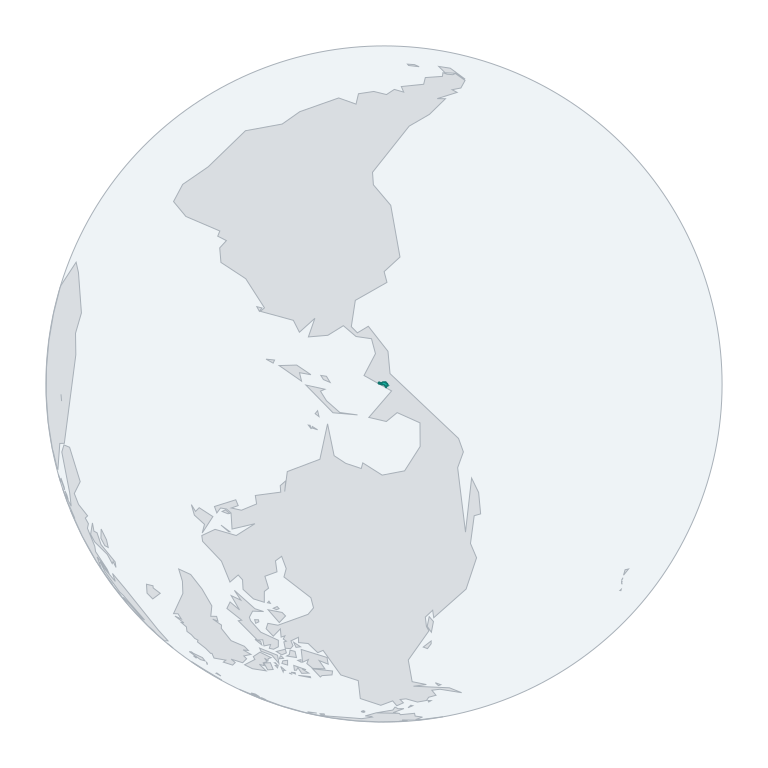 Yoro on an orthographic globe, rotated 203°
{"feature_id": "HND-643", "entity_name": "Yoro", "entity_type": "Department", "adm_level": 1, "iso_a3": "HND", "parent_name": "Honduras", "parent_adm1": "", "projection": "orthographic", "projection_center": [-87.221, 15.309], "detail": "fine", "context": "on_globe", "style": "filled", "palette": "teal", "viewbox_px": 768, "rotation_deg": 203, "n_neighbors": 0, "source": "natural_earth", "source_scale": "10m", "svg_char_len": 9988}
<svg xmlns="http://www.w3.org/2000/svg" viewBox="0 0 768 768"><g transform="rotate(203 384 384)"><circle cx="384" cy="384" r="338" fill="#eef3f6" stroke="#a8b0b8"/><path d="M436.5,424.0L428.5,420.7L421.0,431.0L393.1,415.6L382.5,395.9L294.1,363.0L284.4,352.5L283.5,335.7L251.1,279.5L266.6,331.6L254.5,321.1L244.3,302.2L249.5,298.0L242.1,271.0L230.9,260.2L228.3,227.3L246.9,188.3L250.8,194.8L254.9,185.6L250.2,177.4L246.2,174.3L253.8,139.4L241.8,121.0L227.6,123.9L238.8,117.3L205.1,129.9L191.9,130.2L213.2,124.9L220.3,120.8L214.5,117.8L220.5,113.1L221.2,109.3L228.9,104.3L240.7,102.8L245.9,99.9L241.6,98.1L246.5,92.8L252.2,95.7L261.4,87.0L282.9,85.2L291.8,100.9L310.1,99.3L336.0,115.0L340.0,110.8L352.4,115.5L361.6,112.6L363.8,117.4L369.3,111.2L365.5,107.5L366.6,103.9L371.7,102.2L375.4,107.5L373.4,109.1L377.1,109.9L376.8,113.5L379.8,110.8L383.7,118.1L387.4,108.6L396.9,112.7L397.4,118.3L387.4,120.5L363.9,142.3L361.4,150.4L367.8,158.7L400.7,167.3L401.9,175.9L410.9,185.4L414.8,178.8L409.1,169.3L418.5,160.5L410.5,150.9L413.1,146.3L408.9,136.3L420.2,135.2L433.5,139.9L437.7,148.5L443.6,151.2L448.4,141.5L464.4,157.4L489.5,168.3L492.5,173.3L482.7,184.2L460.8,186.8L448.2,205.0L467.2,191.1L474.4,205.5L480.1,207.4L486.0,206.0L487.5,200.0L492.2,205.0L475.2,219.5L470.7,215.1L476.1,210.2L465.9,212.1L454.4,223.8L458.9,231.1L436.8,244.1L439.8,249.9L436.6,256.5L433.4,246.2L438.8,265.6L413.6,289.7L420.4,325.3L401.9,298.5L388.2,296.0L371.9,297.3L372.7,303.1L350.1,299.4L331.1,312.1L326.3,340.6L335.7,362.3L360.7,362.8L367.2,350.4L384.9,347.3L374.3,380.6L405.7,384.0L403.7,408.6L413.2,420.8L428.3,416.8L444.2,421.8L454.7,406.9L472.0,397.8L473.3,417.5L482.1,398.6L492.3,407.2L526.1,402.6L523.8,407.4L552.4,426.9L581.6,432.2L588.4,445.1L585.1,454.4L594.8,455.1L594.9,460.7L631.8,460.8L649.0,469.7L647.3,489.1L630.7,515.2L610.5,563.0L579.3,583.5L567.9,601.8L537.5,629.6L519.1,630.7L520.9,641.2L507.7,649.3L494.8,651.4L489.6,659.2L479.9,660.4L484.3,664.6L464.6,675.4L465.7,682.2L450.4,690.0L451.4,693.6L447.0,693.8L441.5,695.6L439.7,697.7L428.0,695.1L428.9,686.5L436.3,681.5L430.6,681.0L446.5,667.5L438.9,670.6L447.5,650.0L461.6,631.2L477.3,574.4L471.6,563.2L447.6,551.1L418.9,507.1L427.8,487.5L421.0,478.7L443.1,449.8L436.5,424.0ZM86.6,309.3L88.8,301.6L89.5,307.2L86.6,309.3ZM88.7,296.4L88.3,299.1L88.4,296.8L88.7,296.4ZM87.9,294.4L88.5,295.9L87.5,295.0L87.9,294.4ZM86.5,292.7L87.4,293.3L87.2,293.6L86.5,292.7ZM419.7,337.6L455.5,352.5L436.3,356.1L439.7,352.6L430.4,346.1L413.5,340.5L396.3,345.2L419.7,337.6ZM85.4,287.8L85.2,286.3L86.2,286.1L85.4,287.8ZM433.4,316.9L427.2,315.9L433.1,315.4L433.4,316.9ZM243.4,174.0L249.5,177.8L251.5,187.5L245.7,184.7L243.4,174.0ZM240.6,157.4L245.1,157.2L240.2,165.9L239.1,163.3L240.6,157.4ZM216.1,127.6L220.0,129.1L214.2,129.4L216.1,127.6ZM219.9,109.8L216.9,111.0L218.6,108.7L219.9,109.8ZM402.9,137.7L405.8,137.1L405.1,139.2L402.9,137.7ZM398.3,134.3L395.4,137.4L392.8,136.2L394.7,134.3L398.3,134.3ZM231.8,99.1L235.4,95.4L233.8,98.8L231.8,99.1ZM402.5,130.9L388.5,133.9L384.0,132.0L387.2,123.5L402.5,130.9ZM238.8,93.0L247.2,85.1L241.2,86.8L262.8,78.2L248.5,87.3L247.6,90.9L244.0,90.6L238.8,93.0ZM362.1,107.2L366.3,111.0L358.1,109.5L362.1,107.2ZM356.5,107.3L329.6,110.0L325.9,104.3L335.7,104.1L327.1,98.7L338.5,94.4L345.8,96.5L345.9,100.9L350.2,96.1L356.5,107.3ZM273.4,75.3L277.2,73.5L275.5,75.2L273.4,75.3ZM366.5,102.3L361.4,103.1L357.7,98.0L367.3,95.6L365.4,98.0L366.5,102.3ZM319.2,99.7L318.2,95.9L327.2,91.3L328.1,89.4L338.4,93.9L319.2,99.7ZM368.8,98.3L372.3,94.7L378.6,95.7L371.2,101.3L368.8,98.3ZM352.8,97.8L351.5,95.5L355.4,95.9L352.8,97.8ZM403.0,98.5L396.9,98.8L394.6,96.1L403.0,98.5ZM373.2,93.3L371.0,93.0L369.3,92.2L372.9,90.2L373.2,93.3ZM344.1,90.6L348.0,89.7L340.3,88.5L346.7,85.5L352.5,89.3L352.7,86.4L354.6,85.5L357.1,89.7L344.1,90.6ZM371.6,85.8L381.1,90.5L392.8,90.0L395.3,92.3L376.0,92.7L371.6,85.8ZM362.9,87.6L368.8,86.9L368.9,89.7L364.8,92.0L362.9,87.6ZM349.0,82.3L337.6,85.9L336.8,85.0L349.0,82.3ZM375.0,85.0L372.6,83.9L375.8,84.6L375.0,85.0ZM357.0,82.3L353.1,83.6L352.2,82.5L357.0,82.3ZM371.1,81.1L374.2,82.4L371.5,83.9L371.1,81.1ZM364.6,81.2L364.3,79.5L368.7,83.6L363.0,81.8L364.6,81.2ZM356.7,81.1L355.0,80.9L358.5,80.8L356.7,81.1ZM379.4,75.4L385.5,80.2L379.7,83.1L374.5,77.9L379.4,75.4ZM446.4,700.6L428.4,696.3L439.0,698.2L449.4,694.4L457.7,697.7L446.4,700.6ZM475.6,689.8L485.8,686.8L487.4,687.6L480.7,689.9L475.6,689.8ZM622.8,144.9L616.0,139.4L623.2,146.3L630.0,152.3L639.1,162.4L636.4,159.3L624.2,149.3L630.8,161.0L654.0,195.5L654.8,202.9L648.7,202.9L625.5,175.4L626.3,162.2L618.1,153.8L605.3,146.8L606.6,143.9L601.5,139.9L600.6,135.3L586.8,121.6L584.0,117.0L566.6,105.4L562.7,101.9L574.2,109.4L580.6,112.8L572.1,103.8L566.9,100.2L556.3,93.9L555.3,92.9L546.1,88.0L535.3,81.9L540.7,85.8L528.3,80.2L515.3,73.9L512.2,73.2L533.4,83.6L541.0,87.4L546.0,89.2L567.5,102.2L573.1,106.9L554.2,97.3L559.9,103.5L542.7,94.7L495.8,69.4L482.5,63.2L485.7,61.8L495.8,65.1L499.6,66.9L506.8,69.2L532.4,80.4L556.9,93.7L580.2,108.9L602.2,126.0L622.8,144.9ZM506.1,68.9L501.2,67.1L500.8,66.9L506.1,68.9ZM482.4,60.7L477.6,59.4L475.0,58.6L482.4,60.7ZM398.2,46.4L369.6,46.9L353.9,47.6L357.6,47.1L330.3,50.5L314.8,53.2L317.0,52.8L305.4,55.6L310.1,54.7L310.3,54.9L282.6,64.3L273.8,67.2L264.5,72.9L265.6,73.1L271.6,71.1L262.8,78.2L241.2,86.8L239.7,86.0L227.2,92.8L225.6,90.5L218.4,92.4L223.8,87.4L217.7,90.2L213.5,92.7L202.0,99.4L199.6,100.8L221.4,87.8L236.1,81.8L230.7,83.3L237.4,80.0L238.8,79.0L235.0,80.7L257.0,70.9L279.6,62.6L302.7,56.0L326.3,51.0L350.1,47.8L374.1,46.2L398.2,46.4ZM719.9,346.7L719.8,346.0L719.9,348.6L715.0,375.8L708.8,367.2L690.3,331.2L687.8,310.2L679.1,290.5L655.1,204.5L659.2,202.6L650.8,178.0L651.4,178.0L662.4,193.0L663.5,194.1L678.0,217.3L690.5,241.7L701.0,267.0L709.4,293.0L715.7,319.7L719.9,346.7ZM674.1,242.3L677.3,248.3L674.1,242.3ZM527.1,402.2L531.3,405.5L526.0,406.3L527.1,402.2ZM434.2,364.4L441.5,364.4L445.5,367.2L440.0,368.6L434.2,364.4ZM494.2,359.9L502.3,360.8L494.1,363.3L494.2,359.9ZM461.0,354.4L487.7,360.0L471.8,367.3L454.9,364.0L466.2,361.4L461.0,354.4ZM431.1,328.6L435.8,329.8L434.7,333.5L431.1,328.6ZM437.6,316.6L435.9,317.1L433.3,314.2L437.6,316.6ZM475.4,204.6L476.9,203.6L483.2,203.4L480.8,206.2L475.4,204.6ZM507.3,189.2L514.2,197.7L507.7,193.1L505.8,197.9L489.7,195.1L493.1,175.8L494.4,184.7L507.3,189.2ZM469.1,187.3L478.9,190.4L468.0,187.8L469.1,187.3ZM574.0,125.8L577.8,126.1L584.3,131.4L587.7,140.0L578.5,132.1L574.0,125.8ZM581.7,125.6L562.0,115.2L559.0,110.4L564.0,114.7L564.0,112.5L572.1,119.0L588.6,125.6L595.3,131.0L598.1,142.2L593.5,135.2L590.0,134.9L581.7,125.6ZM516.8,106.1L508.2,103.9L512.9,95.8L520.4,98.9L524.4,106.9L517.8,108.0L516.8,106.1ZM411.0,116.5L407.4,117.9L406.3,116.2L408.6,113.6L411.0,116.5ZM400.4,98.8L425.6,109.1L422.7,111.0L440.9,116.0L440.5,123.2L428.7,119.6L442.0,129.5L431.3,129.1L441.1,135.6L415.0,126.7L405.9,127.5L416.2,123.6L416.8,116.7L414.3,114.0L400.5,107.4L381.1,106.8L378.6,100.8L382.0,96.7L386.3,95.9L386.6,99.9L392.1,96.0L395.7,101.2L400.4,98.8ZM423.2,65.2L421.7,68.0L433.4,65.3L437.1,68.8L438.3,68.3L444.9,71.0L454.9,73.7L455.1,75.5L458.9,75.9L463.4,78.0L468.7,79.3L471.0,83.2L477.6,85.3L474.9,86.0L485.8,88.7L478.7,88.5L483.8,92.0L488.0,90.4L487.3,112.6L492.5,123.7L500.7,133.5L487.5,133.1L471.4,124.2L455.8,112.5L452.7,102.5L447.3,104.7L444.2,100.8L449.8,100.7L439.4,98.6L438.3,95.5L424.5,88.0L410.1,88.0L404.7,85.7L409.8,84.2L400.8,83.1L406.8,78.9L403.1,77.4L405.2,72.2L417.2,71.0L412.1,69.5L413.5,66.1L423.2,65.2ZM380.4,73.9L393.9,70.5L402.6,71.1L395.2,80.0L397.8,82.0L393.4,88.7L380.9,88.0L383.3,86.0L382.7,84.0L386.9,85.0L383.1,82.7L386.3,80.2L384.3,77.9L389.2,77.3L380.4,73.9ZM648.5,173.6L646.0,170.8L645.3,169.8L643.3,167.3L648.5,173.6ZM638.1,164.1L636.6,161.8L644.1,169.8L644.7,171.3L638.1,164.1ZM629.5,154.2L636.0,161.0L632.8,158.2L629.5,154.2ZM572.1,107.4L569.8,105.1L572.0,106.4L576.2,109.3L572.1,107.4ZM458.7,61.6L456.5,62.2L454.2,61.6L444.2,61.2L440.6,59.2L445.3,58.6L458.7,61.6ZM453.2,59.3L449.4,59.3L449.9,58.4L453.2,59.3ZM437.5,57.8L437.0,56.5L439.0,58.9L437.5,57.8ZM449.7,52.5L452.9,53.3L436.5,50.7L417.5,48.1L435.5,50.3L446.1,51.9L447.6,52.1L449.7,52.5ZM375.8,46.7L373.9,47.4L369.6,47.3L369.4,47.2L375.8,46.7ZM378.3,47.0L385.6,47.7L381.2,48.3L376.3,47.5L378.3,47.0ZM420.0,51.5L425.6,52.1L425.0,52.7L420.0,51.5ZM274.8,73.6L277.0,73.5L273.2,74.7L274.8,73.6ZM313.2,54.3L312.8,54.7L308.3,55.7L313.2,54.3ZM309.3,56.7L314.6,55.3L310.3,56.9L309.3,56.7ZM326.3,52.4L317.3,54.8L324.1,52.5L326.3,52.4Z" fill="#d9dde1" stroke="#a8b0b8" stroke-width="1"/><path d="M380.8,381.6L381.2,381.9L381.3,381.9L381.4,382.0L381.4,382.3L381.4,382.5L381.5,382.5L381.7,382.8L381.8,382.8L382.0,382.8L382.3,382.8L382.6,382.6L382.8,382.7L382.8,382.8L382.8,383.0L383.0,383.2L383.3,383.1L383.5,383.2L384.0,383.3L384.3,383.2L384.5,383.1L384.8,383.0L384.9,382.9L385.0,382.9L385.3,382.6L385.7,382.6L386.1,382.5L386.3,382.6L386.5,382.6L386.8,382.5L387.0,382.4L387.3,382.3L387.6,382.3L387.8,382.3L388.0,382.4L388.3,382.3L388.5,382.4L388.7,382.5L388.8,382.6L389.2,382.6L389.3,382.7L389.5,382.7L389.5,382.8L389.5,382.7L389.6,382.8L389.6,383.1L389.6,383.4L389.4,383.6L389.0,383.8L388.8,383.9L388.6,383.9L388.4,383.7L388.2,383.6L387.9,383.5L387.5,383.8L387.4,383.8L387.2,384.0L386.9,384.2L386.7,384.2L386.3,384.1L386.2,384.2L386.1,384.3L386.0,384.5L386.1,384.8L386.0,385.0L385.9,385.2L385.9,385.3L385.7,385.5L385.4,385.6L385.1,385.7L384.8,385.7L384.7,385.7L384.3,385.7L384.2,385.8L384.2,386.0L384.0,386.3L383.9,386.4L383.7,386.3L383.5,386.2L383.3,386.2L383.1,386.2L383.0,386.3L382.9,386.4L382.7,386.3L382.7,386.2L382.6,385.9L382.4,385.9L382.4,385.7L382.2,385.5L381.9,385.6L381.7,385.7L381.1,385.7L381.0,385.4L381.1,385.2L380.9,385.0L380.7,385.0L380.7,384.9L380.4,384.8L380.3,384.7L380.1,384.7L380.0,384.4L379.9,384.4L380.0,384.3L380.0,384.2L380.1,383.9L380.3,383.8L380.3,383.7L380.5,383.5L380.6,383.4L380.5,383.2L380.4,383.2L380.5,383.1L380.6,382.9L380.6,382.7L380.7,382.4L380.8,382.4L380.9,382.2L380.7,382.0L380.6,381.9L380.6,381.7L380.8,381.6Z" fill="#14b8a6" stroke="#0f766e" stroke-width="1.5"/></g></svg>